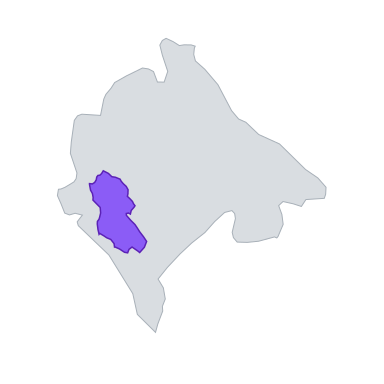 where Cetinje sits in Montenegro, rotated 12°
{"feature_id": "MNE-1500", "entity_name": "Cetinje", "entity_type": "Municipality", "adm_level": 1, "iso_a3": "MNE", "parent_name": "Montenegro", "parent_adm1": "", "projection": "natural_earth1", "projection_center": [18.874, 42.501], "detail": "fine", "context": "in_parent", "style": "filled", "palette": "violet", "viewbox_px": 384, "rotation_deg": 12, "n_neighbors": 0, "source": "natural_earth", "source_scale": "10m", "svg_char_len": 2068}
<svg xmlns="http://www.w3.org/2000/svg" viewBox="0 0 384 384"><g transform="rotate(12 192 192)"><path d="M164.8,48.7L164.4,50.8L165.1,57.1L168.1,63.1L179.0,69.3L195.0,81.6L213.8,104.2L222.4,110.9L230.2,112.6L245.3,121.9L255.8,124.2L267.6,126.8L298.4,146.4L312.2,152.1L322.1,159.5L323.2,166.4L322.7,170.7L305.0,175.7L302.0,183.4L293.4,182.5L283.0,182.4L279.6,187.3L284.6,195.3L287.9,204.7L285.4,217.6L284.5,219.3L282.0,218.8L267.4,226.3L256.5,229.8L246.6,231.6L242.0,228.0L239.7,223.1L240.0,209.0L238.2,204.2L234.9,201.9L228.2,205.2L220.4,216.1L213.1,228.9L202.2,242.1L193.3,254.9L183.6,270.9L176.9,284.2L183.9,291.7L188.1,302.2L186.8,310.0L188.1,314.5L186.0,328.2L185.5,336.9L164.0,323.1L155.2,303.7L123.8,270.9L87.8,248.6L85.9,245.1L87.9,240.8L89.6,237.4L82.1,237.1L76.9,239.9L71.9,239.1L66.3,230.7L61.1,223.5L60.8,217.1L63.2,216.3L66.8,213.8L74.4,206.7L75.9,203.0L75.5,197.3L65.0,179.5L63.5,167.9L62.0,146.4L64.2,141.3L68.1,138.8L86.6,136.1L86.4,119.4L87.5,114.3L91.2,107.4L93.6,101.0L103.9,91.9L117.8,81.0L123.9,80.7L129.3,82.2L135.3,91.6L141.9,90.3L143.2,79.1L134.6,64.4L130.0,55.0L131.5,49.9L134.7,47.1L142.1,48.8L149.2,51.4L153.6,49.7L160.7,48.3L164.8,48.7Z" fill="#d9dde1" stroke="#a8b0b8" stroke-width="1"/><path d="M100.8,189.7L106.4,191.2L110.4,193.7L114.1,193.5L119.0,194.4L120.5,196.2L123.1,198.2L126.5,200.2L129.0,203.1L129.6,206.7L129.7,206.9L129.7,209.7L132.7,211.5L135.7,213.6L137.3,215.7L139.1,217.3L138.5,218.9L136.4,222.7L136.3,226.4L134.2,225.8L132.2,226.7L132.7,228.5L137.9,232.4L143.0,235.7L146.0,238.6L149.1,241.8L153.8,245.8L157.9,249.8L156.9,256.0L153.4,262.1L151.5,261.1L144.8,258.3L142.3,261.2L141.7,264.9L138.5,265.0L132.9,262.8L127.7,261.7L127.6,261.8L126.5,258.7L122.4,255.3L118.1,254.5L114.9,253.2L110.4,251.7L109.9,252.7L107.9,248.4L106.0,243.0L105.6,240.4L106.7,238.0L106.9,235.8L107.0,231.5L105.4,226.2L100.1,222.7L96.8,220.5L96.4,217.8L94.9,214.2L92.4,211.3L90.2,206.0L90.0,205.1L92.9,204.8L94.8,202.9L95.8,200.0L95.7,197.2L96.5,195.4L98.4,194.7L99.7,192.8L100.8,189.7Z" fill="#8b5cf6" stroke="#5b21b6" stroke-width="1.5"/></g></svg>